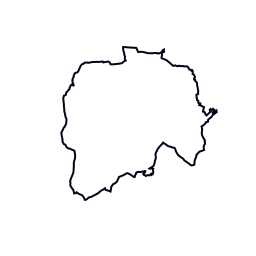 the district of Iclanzel, Mures, Romania, rotated 216°
{"feature_id": "2599482B66807271844758", "entity_name": "Iclanzel", "entity_type": "district", "adm_level": 2, "iso_a3": "ROU", "parent_name": "Romania", "parent_adm1": "Mures", "projection": "albers", "projection_center": [24.269, 46.544], "detail": "fine", "context": "isolated", "style": "outline", "palette": "ink", "viewbox_px": 256, "rotation_deg": 216, "n_neighbors": 0, "source": "geoboundaries", "source_scale": "gbopen_adm2", "svg_char_len": 5749}
<svg xmlns="http://www.w3.org/2000/svg" viewBox="0 0 256 256"><g transform="rotate(216 128 128)"><path d="M179.5,190.7L179.3,190.4L179.1,189.9L177.5,188.1L175.1,186.3L174.2,185.3L173.4,184.6L172.4,184.1L171.6,182.6L171.1,182.0L170.9,181.8L169.5,181.2L170.3,179.8L171.0,177.0L171.2,176.6L173.0,174.9L173.2,174.5L174.8,173.2L177.0,171.1L179.6,169.3L181.2,170.2L181.7,170.3L182.7,170.3L183.2,170.0L183.6,169.6L186.6,166.5L187.6,166.9L187.8,166.8L188.6,165.9L190.2,164.5L192.3,163.0L193.2,162.2L195.6,160.5L196.4,159.6L197.3,158.4L197.8,158.0L198.4,157.6L198.8,157.2L199.5,157.0L200.1,156.4L201.4,155.5L201.5,155.2L201.7,154.1L201.9,153.5L202.7,152.4L202.8,151.4L202.7,149.7L202.3,148.2L202.1,146.5L201.8,145.7L201.6,144.6L201.6,144.1L201.7,143.2L202.7,142.0L203.2,140.9L203.2,140.6L203.2,140.3L202.7,139.2L202.5,137.9L201.9,137.1L201.6,135.0L201.4,134.6L200.9,134.2L200.9,133.6L200.7,133.3L200.0,132.7L198.5,131.8L198.1,131.4L197.4,130.9L197.1,130.7L197.0,130.4L197.1,130.2L197.4,130.1L197.9,130.3L198.4,130.7L198.7,130.7L198.9,130.5L199.1,130.1L199.3,129.3L199.1,126.9L198.6,125.6L198.3,125.1L198.2,124.7L198.4,124.1L198.4,123.4L198.5,122.4L198.5,121.7L198.6,121.3L198.8,120.8L198.8,120.6L198.7,120.1L198.4,119.3L197.8,118.5L197.8,118.3L197.8,118.2L198.1,117.8L198.5,116.7L198.8,116.5L198.7,116.2L198.0,114.3L198.0,114.1L194.4,110.1L191.9,107.1L190.4,105.5L189.5,104.3L189.0,103.7L187.7,102.8L185.1,100.3L183.5,99.4L182.9,98.9L182.2,97.9L181.0,95.9L180.3,94.0L180.0,91.9L180.0,91.4L180.2,90.6L180.2,90.2L179.6,88.2L179.4,85.8L178.9,84.6L174.2,80.2L173.1,78.6L170.5,77.3L170.0,77.3L169.3,77.6L168.8,77.6L168.2,77.4L167.5,76.9L167.0,76.6L166.5,76.5L164.4,76.3L163.0,77.1L161.1,77.4L158.0,78.1L157.8,78.0L156.5,76.6L156.1,76.4L155.5,75.7L154.3,74.3L153.6,73.2L152.7,71.4L152.0,69.3L151.4,68.1L150.1,66.1L149.4,65.5L149.2,65.0L148.9,64.7L148.5,63.8L148.2,63.4L146.7,61.1L146.0,59.7L145.2,56.8L144.6,54.1L143.8,51.6L143.6,51.1L142.2,49.7L142.0,49.4L141.8,48.8L140.9,47.7L140.3,47.3L138.4,46.5L135.7,45.7L133.6,43.8L133.0,43.4L131.8,44.9L131.8,45.8L129.2,45.8L126.1,46.5L125.6,46.6L124.6,46.4L122.4,45.6L120.7,44.5L119.8,45.3L119.3,46.5L119.0,48.2L118.9,48.6L118.4,49.4L117.4,50.5L114.8,55.5L114.8,55.9L114.6,55.9L113.9,57.6L113.5,58.9L113.6,59.0L113.1,60.9L112.6,62.2L111.4,64.9L111.2,65.8L111.0,65.7L110.6,65.2L110.2,65.0L109.7,64.8L109.3,64.9L108.9,65.0L108.1,65.5L106.9,65.7L105.7,66.2L104.8,66.3L105.1,67.1L105.8,68.5L106.7,70.0L107.0,70.9L107.0,72.1L107.0,73.9L106.9,74.1L106.3,75.0L105.8,76.4L105.5,77.6L105.5,78.2L105.6,78.9L106.3,82.4L106.5,82.7L106.5,82.9L106.3,83.4L104.8,85.8L104.4,86.3L103.7,87.8L103.3,88.4L103.1,89.2L102.9,89.7L102.5,90.3L101.9,91.2L99.5,91.6L97.9,91.8L95.0,91.8L94.5,91.9L93.8,92.2L94.2,93.3L94.5,94.0L94.5,95.0L94.7,95.3L94.8,96.3L95.0,96.4L94.9,97.1L94.7,97.5L94.5,98.0L93.0,99.1L92.4,99.4L91.6,100.0L91.0,101.1L90.3,101.5L89.6,102.1L89.3,102.9L88.6,103.2L88.2,101.8L88.7,100.0L88.5,99.6L87.7,99.4L86.8,99.7L85.3,99.7L85.0,100.2L84.7,101.0L84.3,101.5L83.7,101.9L83.0,102.1L82.6,102.4L82.5,103.9L82.4,104.5L81.5,104.1L81.5,104.4L80.8,105.1L81.1,105.4L81.3,105.8L81.4,106.8L81.6,107.2L83.6,108.9L83.5,109.2L83.6,109.8L85.4,109.3L86.6,107.7L86.9,107.7L85.8,110.1L85.2,111.9L85.1,112.4L85.3,113.4L85.8,115.1L86.7,116.7L87.7,119.9L90.4,123.1L91.1,125.0L91.1,126.6L91.6,127.8L91.5,132.0L91.3,132.8L91.0,135.3L91.1,136.2L91.1,136.8L90.4,136.7L87.7,137.0L85.5,136.9L84.8,137.0L81.2,138.3L80.5,138.4L78.8,139.2L78.0,139.1L75.5,137.3L73.8,136.5L72.0,135.8L70.1,135.4L69.4,135.4L65.8,135.6L65.1,135.5L63.4,134.9L58.5,135.0L54.9,134.9L53.9,135.8L53.3,136.6L53.1,136.9L52.8,137.2L53.2,138.0L54.5,140.0L55.3,142.0L55.4,142.9L55.7,143.7L55.8,144.2L56.0,145.1L56.5,145.7L56.5,146.2L56.7,146.4L56.8,147.1L56.4,150.3L56.3,150.8L54.1,154.0L53.5,155.1L55.3,156.6L55.6,157.0L56.0,158.2L56.3,158.8L56.4,159.2L56.4,160.1L56.5,160.4L57.3,161.7L58.3,162.3L58.4,162.9L58.5,163.2L59.7,163.8L60.7,163.9L61.0,164.1L61.7,164.6L63.2,165.3L65.0,166.8L65.4,167.3L65.9,168.4L66.1,168.5L66.8,169.8L67.1,170.1L67.3,170.6L68.7,171.9L69.4,172.5L68.7,174.2L68.3,175.9L68.0,177.9L68.1,178.0L68.4,178.3L67.0,180.2L67.4,180.8L68.0,181.7L67.7,183.5L67.2,185.2L67.0,186.2L67.1,187.9L67.0,189.1L66.4,190.4L65.6,193.0L66.7,194.1L67.3,191.9L68.1,189.8L68.7,190.3L68.5,191.0L68.6,191.8L68.8,193.4L70.5,193.5L70.6,193.0L70.9,192.9L70.9,190.6L72.5,191.5L72.6,190.7L70.9,189.5L71.6,185.4L71.9,184.3L73.3,184.7L74.6,185.3L74.9,185.7L75.1,185.8L75.9,185.7L77.0,185.3L78.8,189.6L82.7,188.8L82.9,189.3L83.1,189.5L83.3,189.3L83.3,189.1L83.8,188.6L84.2,190.1L84.8,189.5L85.5,189.9L85.8,189.8L86.1,189.9L86.1,190.2L86.5,190.5L86.9,191.0L87.1,191.3L88.5,191.2L91.3,194.0L92.2,195.1L92.0,195.5L91.4,196.4L91.3,196.7L91.6,197.0L91.7,197.5L92.4,198.1L92.9,199.3L93.7,199.9L95.2,201.4L96.9,202.9L97.4,203.6L97.8,203.9L98.4,204.7L98.7,204.9L98.8,205.1L99.0,205.2L101.5,205.7L101.8,206.2L102.1,206.4L102.5,206.4L102.9,206.2L103.0,206.4L103.0,206.7L103.2,206.9L103.4,207.0L103.6,206.9L103.7,207.1L103.7,207.7L103.6,207.9L103.9,208.7L104.1,208.9L106.3,210.0L107.4,209.6L109.0,212.0L110.1,211.6L110.4,212.5L111.9,211.8L112.7,211.3L112.9,211.3L114.1,212.1L115.7,212.6L116.5,212.5L117.5,211.9L118.1,211.4L118.3,211.1L119.1,210.6L120.1,210.4L121.2,209.4L121.9,209.1L122.0,208.9L123.6,208.2L123.9,207.3L125.1,206.7L126.5,206.5L127.2,205.8L127.8,204.9L128.7,204.8L131.6,205.2L136.5,205.5L137.8,205.3L141.8,204.2L142.4,204.9L142.6,205.5L143.5,207.2L144.1,207.9L144.9,208.7L143.6,210.8L145.1,212.6L145.7,211.3L145.4,210.8L145.8,208.0L146.7,206.6L147.5,205.9L148.0,205.7L148.1,205.9L150.1,204.7L152.5,202.6L154.6,201.1L156.5,199.9L157.9,199.5L159.3,198.9L161.5,197.8L163.5,196.3L164.4,195.4L168.4,197.7L173.6,194.3L174.2,194.0L179.5,190.7Z" fill="none" stroke="#020617" stroke-width="2"/></g></svg>